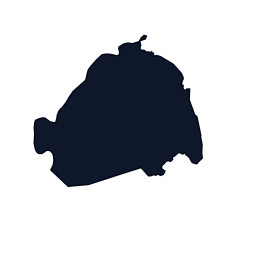 outline of Taquaritinga do Norte, Pernambuco, Brazil, rotated 309°
{"feature_id": "56859067B77753102220034", "entity_name": "Taquaritinga do Norte", "entity_type": "district", "adm_level": 2, "iso_a3": "BRA", "parent_name": "Brazil", "parent_adm1": "Pernambuco", "projection": "orthographic", "projection_center": [-36.11, -7.885], "detail": "fine", "context": "isolated", "style": "filled", "palette": "ink", "viewbox_px": 256, "rotation_deg": 309, "n_neighbors": 0, "source": "geoboundaries", "source_scale": "gbopen_adm2", "svg_char_len": 1712}
<svg xmlns="http://www.w3.org/2000/svg" viewBox="0 0 256 256"><g transform="rotate(309 128 128)"><path d="M132.4,64.1L121.9,62.4L114.5,63.0L110.0,63.8L103.8,64.1L101.5,63.9L99.5,63.7L97.0,63.9L93.1,65.2L91.0,66.6L87.6,68.1L85.6,67.8L83.6,63.3L83.4,57.3L82.2,55.4L79.1,53.1L75.8,51.4L73.4,52.3L69.2,55.1L64.9,59.1L61.9,61.3L57.1,64.8L53.5,69.2L52.1,71.9L52.0,74.6L54.0,77.1L59.6,78.8L61.4,81.3L61.1,85.4L58.9,88.3L56.4,90.8L52.1,93.3L46.9,94.5L45.1,118.2L59.3,132.8L89.9,152.7L95.9,156.7L105.5,163.0L104.5,170.1L104.0,171.9L104.0,174.4L106.0,176.2L107.7,177.0L109.0,179.4L111.1,180.0L111.6,183.0L114.1,184.6L117.7,183.8L117.4,180.3L118.6,178.5L120.5,178.0L123.3,178.4L126.1,178.5L128.1,179.8L128.9,182.0L131.7,182.4L133.7,180.4L135.0,181.6L137.7,182.1L141.2,182.8L142.3,187.0L144.5,187.1L143.8,190.1L143.9,193.7L141.7,199.4L142.5,202.0L143.5,203.9L146.3,203.9L151.3,204.6L155.0,200.9L161.5,196.1L166.4,190.3L168.2,189.0L180.0,174.5L180.2,171.3L182.2,168.1L183.6,165.8L184.9,163.5L188.5,157.6L197.0,151.4L195.4,149.3L193.6,149.1L192.7,147.2L193.7,145.3L195.6,144.2L195.3,142.4L198.1,140.5L201.0,139.9L202.2,138.4L203.8,135.4L204.3,133.1L205.9,122.9L205.5,119.9L203.8,108.2L202.5,105.1L200.1,102.6L201.9,100.9L201.8,98.1L199.6,98.1L200.2,96.2L198.6,94.9L198.4,91.4L196.7,89.9L197.1,87.2L200.4,85.7L202.8,82.4L200.4,81.3L198.2,79.8L195.9,78.1L194.8,75.8L193.2,73.9L190.4,71.8L185.3,70.1L183.6,71.1L182.4,73.2L180.2,74.9L178.2,74.9L176.8,73.5L174.8,69.2L171.8,64.7L168.8,62.0L167.0,61.6L161.3,60.8L152.9,60.4L148.8,60.6L147.0,61.1L144.2,62.4L140.3,64.4L138.0,65.1L132.4,64.1ZM202.8,82.4L205.2,83.4L207.9,85.3L210.9,84.5L210.1,82.3L206.4,81.6L202.8,82.4Z" fill="#0f172a" stroke="#020617" stroke-width="1.5"/></g></svg>